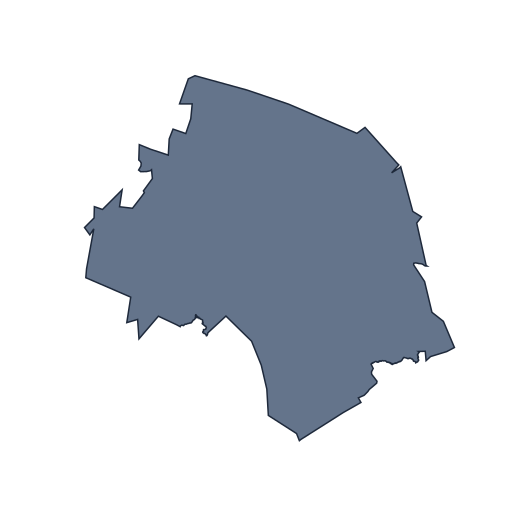 outline of Rodeo, Durango, Mexico, rotated 346°
{"feature_id": "50627088B73828506839390", "entity_name": "Rodeo", "entity_type": "district", "adm_level": 2, "iso_a3": "MEX", "parent_name": "Mexico", "parent_adm1": "Durango", "projection": "orthographic", "projection_center": [-104.523, 25.192], "detail": "fine", "context": "isolated", "style": "filled", "palette": "slate", "viewbox_px": 512, "rotation_deg": 346, "n_neighbors": 0, "source": "geoboundaries", "source_scale": "gbopen_adm2", "svg_char_len": 5418}
<svg xmlns="http://www.w3.org/2000/svg" viewBox="0 0 512 512"><g transform="rotate(346 256 256)"><path d="M255.3,444.8L302.8,429.0L322.4,423.5L321.0,418.4L327.2,417.3L328.3,416.7L331.7,414.6L333.6,412.9L342.3,408.6L343.1,406.8L339.6,398.7L340.0,396.4L342.5,393.5L341.5,388.7L342.0,388.4L342.5,388.3L342.6,388.0L342.9,387.9L343.2,388.1L343.4,388.3L343.8,387.7L344.0,387.6L344.8,387.8L345.1,387.7L345.6,387.4L346.1,387.4L346.4,387.3L346.6,387.3L347.0,387.4L347.3,387.6L347.6,387.8L347.6,388.1L347.8,388.3L348.0,388.4L348.3,388.4L348.6,388.3L348.8,388.4L348.9,388.5L349.0,388.6L349.3,388.6L349.5,388.5L349.7,388.1L349.8,388.0L350.1,388.1L350.3,387.9L350.2,387.9L350.3,387.7L350.7,387.8L351.1,388.1L351.4,387.9L351.5,387.9L351.9,388.3L352.0,388.4L352.3,388.4L352.5,388.3L352.9,388.0L353.2,388.0L353.4,388.1L353.5,388.2L353.9,388.3L354.2,388.6L354.3,388.6L354.5,388.7L354.8,388.7L355.0,388.6L355.4,388.8L355.6,388.9L356.1,388.9L356.2,389.1L356.3,389.3L356.7,389.5L356.9,389.8L357.0,390.0L357.1,390.3L357.2,390.6L357.6,390.7L357.7,390.8L358.0,390.7L358.2,390.9L358.3,390.9L358.5,391.1L358.8,391.1L359.1,391.1L359.2,391.4L359.3,391.4L359.4,391.6L359.5,391.6L359.8,391.7L359.9,391.8L359.9,392.0L360.0,392.0L360.1,391.8L360.6,392.1L360.6,392.7L360.8,392.7L360.8,392.9L361.0,393.2L361.3,393.2L361.2,393.4L361.3,393.6L361.7,393.9L361.9,394.2L362.0,394.2L362.2,393.9L362.3,394.0L362.5,393.8L362.7,394.0L362.8,393.9L363.0,393.9L363.4,393.7L364.4,393.8L364.6,393.6L364.9,393.8L365.0,393.8L365.1,393.7L365.4,393.8L365.4,393.6L365.5,393.6L365.8,393.5L366.1,393.6L366.3,393.8L366.5,393.8L366.8,393.9L367.5,393.5L367.8,393.5L368.0,393.4L368.3,393.3L368.6,393.4L368.9,393.2L369.1,393.2L369.3,393.1L369.5,393.2L369.8,393.1L369.9,393.3L370.1,393.2L370.3,393.3L370.5,393.3L370.6,393.1L370.8,393.1L371.2,393.1L371.4,393.0L372.2,392.4L372.4,392.4L373.4,391.3L374.1,390.8L374.2,390.7L374.3,390.5L374.9,390.2L375.3,390.3L375.5,390.5L375.9,390.8L376.3,390.9L376.8,391.1L377.2,391.4L377.9,391.8L378.1,392.1L378.4,392.3L379.4,392.3L379.5,392.5L379.8,392.4L380.0,392.3L380.3,392.3L380.7,392.3L381.4,392.8L381.7,393.0L381.8,393.3L382.1,393.6L382.4,393.6L382.8,393.8L383.1,394.4L383.1,394.7L383.3,395.0L383.4,395.3L383.3,395.8L383.5,396.2L383.6,396.3L383.9,396.3L384.1,396.4L384.4,396.6L384.8,396.9L385.0,397.2L385.1,397.6L385.1,398.3L385.5,398.2L385.6,397.9L385.8,397.9L386.0,397.8L386.5,398.0L386.8,397.8L387.2,397.7L387.5,397.6L387.7,397.2L388.0,397.0L388.2,396.8L388.5,396.7L388.6,396.4L388.6,395.4L388.2,394.7L388.3,394.5L388.5,394.2L388.5,393.7L389.0,393.7L389.1,392.7L388.8,392.2L389.0,392.1L389.0,391.7L388.7,391.1L388.9,390.7L389.1,390.7L389.4,390.3L389.5,390.3L390.1,389.8L390.2,389.3L390.4,389.1L390.9,389.0L391.0,388.8L391.3,388.6L391.1,388.5L391.0,388.3L390.7,388.0L397.2,389.4L395.7,398.7L401.1,395.8L418.0,394.9L426.4,392.8L422.0,364.7L413.1,353.2L413.4,321.6L406.8,302.8L407.1,301.8L407.3,301.2L409.2,301.3L411.2,302.2L411.6,302.4L411.8,302.5L412.2,302.8L412.6,302.9L413.1,303.0L413.6,303.2L414.8,303.7L415.5,304.2L416.3,304.9L416.5,305.1L416.9,305.8L417.1,306.0L417.7,306.5L418.1,306.7L418.7,306.9L419.2,307.0L419.5,307.1L418.8,306.3L419.9,262.9L426.1,258.1L418.9,250.7L418.0,204.4L416.7,205.2L407.7,208.1L416.6,202.2L414.9,199.3L392.9,157.6L383.6,161.4L324.3,116.5L287.6,92.9L240.4,66.3L233.2,67.7L218.6,89.9L230.9,93.0L225.9,107.1L219.8,116.6L217.5,120.2L206.2,112.8L200.1,121.4L195.3,136.9L179.5,126.9L169.7,119.7L165.5,134.5L166.6,136.2L167.1,138.1L166.1,140.9L162.9,144.2L164.5,146.3L170.3,147.6L174.0,147.7L175.5,147.0L174.2,155.8L162.5,165.6L163.0,167.5L160.1,170.0L147.7,179.8L135.5,175.2L142.1,159.4L118.3,173.7L111.1,169.0L108.1,179.9L96.5,186.9L99.9,195.3L105.2,190.4L88.5,227.4L85.6,235.9L111.8,255.9L124.5,265.6L114.5,289.4L125.8,288.9L122.4,308.1L146.7,290.8L162.2,303.4L165.3,306.2L165.5,305.8L166.0,305.5L167.1,305.1L167.7,305.3L168.4,305.8L168.9,306.0L169.1,305.8L169.4,305.6L169.9,305.4L170.5,305.0L171.0,305.1L172.2,305.3L173.2,305.0L173.7,305.1L174.1,305.1L174.5,305.2L175.4,305.0L175.9,305.0L176.5,305.3L177.4,305.0L178.7,303.8L178.8,303.6L179.1,303.5L179.5,303.2L179.7,302.9L180.4,302.9L181.1,302.6L181.6,302.1L182.0,301.8L182.2,301.7L182.1,301.2L182.5,300.8L182.7,300.5L182.8,299.9L182.7,299.5L183.1,298.7L183.3,298.4L183.5,298.4L183.6,298.5L183.6,299.2L183.7,299.8L183.7,300.1L183.9,300.6L184.0,300.6L184.1,300.2L184.3,300.2L184.3,300.5L184.6,301.0L184.6,301.3L184.4,301.4L183.8,301.5L184.0,301.7L185.0,301.6L185.3,301.5L185.6,301.5L185.7,302.1L185.6,302.5L185.6,302.8L186.3,302.9L186.5,302.9L186.7,303.5L186.9,303.5L187.2,304.0L187.8,304.4L188.5,305.0L188.7,305.3L188.5,306.1L188.5,306.5L188.1,307.1L188.5,307.5L188.5,308.1L188.3,308.2L188.0,308.4L187.5,308.5L187.5,308.8L187.7,309.1L188.2,309.6L188.9,310.7L189.9,312.0L190.2,312.0L190.3,312.6L190.5,313.1L190.5,313.4L190.4,313.7L190.1,314.0L189.8,314.2L189.6,314.8L189.3,314.8L189.0,314.9L188.8,314.9L188.6,314.9L188.3,314.9L187.8,314.8L187.6,314.8L187.3,314.7L187.2,314.9L187.2,315.2L187.0,315.5L186.9,315.7L186.9,316.0L186.8,316.4L186.4,316.4L186.1,316.6L185.9,316.9L185.9,317.3L186.1,317.7L186.3,318.0L186.6,318.2L186.8,318.5L187.0,318.4L188.1,319.5L188.2,319.9L188.4,320.2L188.4,320.3L188.6,320.8L188.5,321.3L188.8,321.5L189.2,321.3L189.5,320.9L190.0,320.4L190.1,319.9L190.6,319.2L190.7,318.9L212.3,307.0L231.1,337.6L234.7,363.2L234.3,387.8L229.4,413.7L252.4,438.1L253.4,445.7L255.3,444.8Z" fill="#64748b" stroke="#1e293b" stroke-width="1.5"/></g></svg>